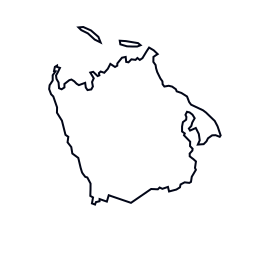 Terrebonne, Louisiana, United States of America (Natural Earth projection), rotated 200°
{"feature_id": "52423323B18014802865122", "entity_name": "Terrebonne", "entity_type": "district", "adm_level": 2, "iso_a3": "USA", "parent_name": "United States of America", "parent_adm1": "Louisiana", "projection": "natural_earth1", "projection_center": [-90.835, 29.408], "detail": "fine", "context": "isolated", "style": "outline", "palette": "ink", "viewbox_px": 256, "rotation_deg": 200, "n_neighbors": 0, "source": "geoboundaries", "source_scale": "gbopen_adm2", "svg_char_len": 2207}
<svg xmlns="http://www.w3.org/2000/svg" viewBox="0 0 256 256"><g transform="rotate(200 128 128)"><path d="M216.0,162.4L217.6,160.4L217.0,156.2L215.5,156.5L216.8,151.8L215.0,146.9L216.3,141.4L215.4,137.6L211.8,133.4L209.0,132.1L201.7,123.1L200.0,118.1L192.6,112.3L184.4,100.2L181.1,99.3L179.9,93.9L174.8,90.7L171.6,85.0L164.5,82.9L158.9,74.4L156.2,70.8L155.1,69.8L151.5,67.5L149.3,67.6L144.2,63.0L142.2,57.4L140.2,51.3L137.1,50.8L136.1,44.8L132.8,44.8L132.8,47.4L129.7,49.4L130.4,51.5L122.7,51.6L123.1,58.2L99.6,58.7L85.4,78.6L79.0,80.6L77.9,82.9L74.9,82.6L70.3,86.3L67.7,82.4L61.5,86.7L58.9,90.0L59.3,92.9L56.2,96.3L51.6,97.4L50.4,98.9L51.4,104.0L49.9,111.9L51.4,113.4L52.7,119.8L56.4,121.3L56.7,121.3L60.3,122.5L61.3,125.1L60.8,126.3L59.8,128.8L60.2,130.6L63.5,132.2L64.9,136.4L72.9,140.3L72.8,142.3L76.0,143.2L77.7,147.9L78.4,152.3L76.2,155.7L76.9,158.4L78.5,160.0L78.1,163.4L75.4,163.7L72.0,162.6L68.7,160.0L69.5,155.1L69.2,151.6L70.6,148.3L68.8,146.8L64.3,151.2L59.4,146.6L56.4,141.0L56.7,136.3L51.4,138.7L49.7,142.3L49.3,145.7L46.4,149.9L43.2,151.2L38.8,151.1L38.4,152.7L44.4,160.2L48.9,164.3L60.0,169.2L63.6,170.3L76.7,171.5L79.4,173.3L83.3,177.8L89.8,179.2L94.8,179.1L96.3,180.8L100.7,182.0L104.2,181.6L108.0,179.4L110.4,180.9L111.6,183.6L114.6,185.7L119.7,190.6L122.1,193.8L123.6,196.6L126.8,198.8L128.4,203.5L127.0,205.5L125.4,207.6L130.4,209.8L135.7,210.8L136.5,207.5L136.9,205.7L138.3,198.6L140.2,196.0L143.1,197.0L144.2,194.6L148.3,193.7L150.0,189.9L150.5,189.8L152.3,189.5L154.5,194.0L157.7,192.0L160.1,185.0L159.4,182.9L161.1,180.9L166.5,182.2L167.2,176.7L169.2,171.8L173.0,171.7L174.1,169.6L172.9,167.7L174.3,166.4L179.9,168.9L182.4,167.2L177.2,163.0L177.5,158.9L175.2,155.0L175.7,151.7L179.0,149.8L181.5,151.6L183.7,155.8L188.8,151.5L191.4,152.0L194.5,153.5L197.7,154.2L199.5,152.9L202.8,147.6L201.6,144.4L203.6,141.7L206.4,141.8L208.8,147.0L212.0,149.7L213.6,152.7L213.0,156.6L212.5,161.2L215.5,161.1L216.0,162.4ZM183.0,199.0L187.0,203.5L196.1,207.0L204.6,207.6L208.9,205.6L205.4,204.0L198.1,203.2L189.5,199.7L183.0,199.0ZM147.2,207.7L144.5,210.1L147.6,211.2L159.8,208.9L165.6,207.2L163.8,204.0L156.9,204.4L151.6,206.1L147.2,207.7Z" fill="none" stroke="#020617" stroke-width="2"/></g></svg>